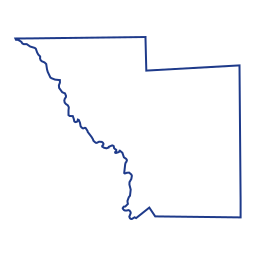 Webb, Texas, United States of America (Natural Earth projection)
{"feature_id": "52423323B96012126646205", "entity_name": "Webb", "entity_type": "district", "adm_level": 2, "iso_a3": "USA", "parent_name": "United States of America", "parent_adm1": "Texas", "projection": "natural_earth1", "projection_center": [-99.706, 27.732], "detail": "fine", "context": "isolated", "style": "outline", "palette": "blue", "viewbox_px": 256, "rotation_deg": 0, "n_neighbors": 0, "source": "geoboundaries", "source_scale": "gbopen_adm2", "svg_char_len": 1780}
<svg xmlns="http://www.w3.org/2000/svg" viewBox="0 0 256 256"><path d="M31.0,38.4L15.4,38.5L16.0,39.8L17.8,39.8L19.6,40.7L21.4,41.9L22.3,43.4L23.6,44.1L26.7,44.1L30.1,46.5L34.7,47.9L35.8,48.7L37.1,52.4L38.3,54.6L40.1,56.4L40.2,57.0L40.0,58.3L40.6,60.1L41.7,61.2L44.5,62.4L46.2,64.0L47.0,69.3L47.7,71.8L50.4,77.5L51.5,78.2L55.0,79.6L59.9,80.1L59.9,82.7L58.9,85.3L59.1,87.9L62.2,92.2L65.0,93.4L65.6,94.9L66.0,95.9L65.9,97.1L64.8,98.7L64.3,100.5L64.7,102.6L66.0,104.1L67.8,105.3L68.6,106.8L68.8,107.7L68.5,110.3L68.5,115.1L69.7,116.0L72.8,116.1L73.8,119.0L74.3,121.4L75.3,122.1L76.8,121.8L77.4,121.3L77.9,119.6L78.8,120.0L80.0,122.9L80.6,126.2L81.5,127.4L82.7,128.3L83.2,128.4L84.9,127.8L85.6,128.0L87.5,130.9L87.7,131.9L91.6,137.0L93.0,139.4L93.4,140.7L95.0,142.2L96.1,142.9L96.9,142.8L99.1,141.7L101.8,141.9L102.9,142.7L103.5,143.8L103.3,144.8L102.3,145.7L102.2,146.6L104.1,147.8L106.5,148.3L108.7,147.5L108.8,146.8L112.2,145.4L113.3,145.8L113.7,146.1L114.1,148.2L115.2,149.2L116.2,149.8L116.2,151.5L115.1,152.2L115.2,152.7L115.9,153.0L118.7,152.1L119.2,151.7L119.6,150.7L119.9,150.7L122.4,152.8L123.9,157.3L124.9,158.0L126.1,158.8L126.7,159.6L126.9,160.3L126.4,161.8L125.7,162.5L125.2,164.2L124.2,173.0L124.6,173.4L125.6,173.3L126.6,172.8L129.1,172.6L131.3,174.5L131.8,175.5L131.8,176.3L131.3,179.0L131.0,179.5L129.5,182.1L129.4,184.5L130.7,189.6L130.0,195.7L128.8,197.2L127.5,200.8L127.5,201.9L127.9,203.9L125.3,206.5L123.7,206.7L122.7,208.2L122.9,208.8L124.0,210.1L124.9,210.5L126.9,210.5L128.4,210.1L129.6,210.6L130.6,212.2L130.7,213.1L129.3,216.7L129.9,218.2L130.6,218.8L131.8,219.0L134.6,217.3L136.1,218.1L149.3,207.6L155.2,216.4L215.7,217.1L240.6,217.4L240.6,200.8L239.5,65.4L146.3,70.6L145.5,38.4L145.5,37.0L31.0,38.4Z" fill="none" stroke="#1e3a8a" stroke-width="2"/></svg>